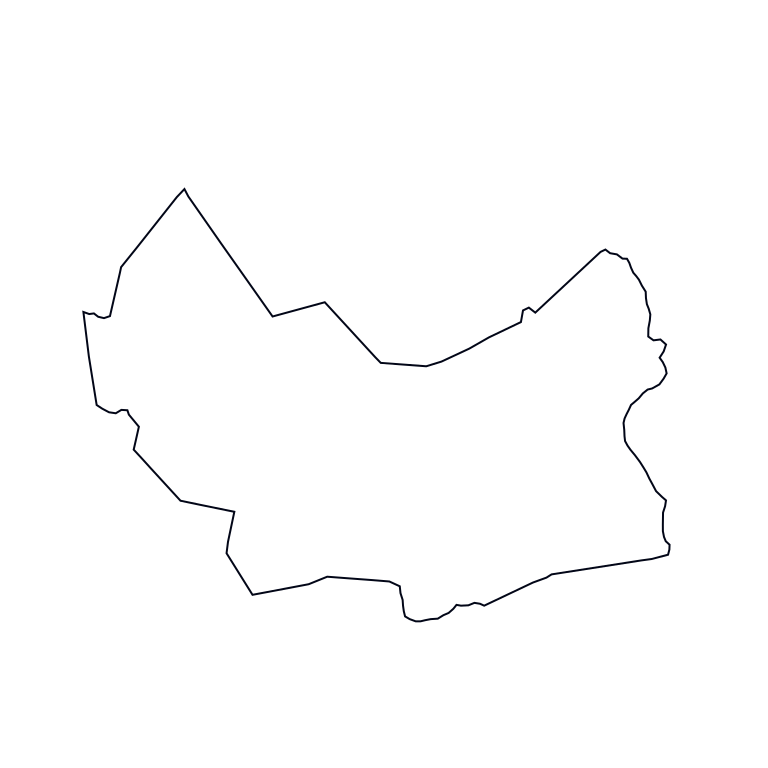 Alagoinhas, Bahia, Brazil, rotated 74°
{"feature_id": "56859067B11961030352973", "entity_name": "Alagoinhas", "entity_type": "district", "adm_level": 2, "iso_a3": "BRA", "parent_name": "Brazil", "parent_adm1": "Bahia", "projection": "orthographic", "projection_center": [-38.386, -12.106], "detail": "fine", "context": "isolated", "style": "outline", "palette": "ink", "viewbox_px": 768, "rotation_deg": 74, "n_neighbors": 0, "source": "geoboundaries", "source_scale": "gbopen_adm2", "svg_char_len": 1869}
<svg xmlns="http://www.w3.org/2000/svg" viewBox="0 0 768 768"><g transform="rotate(74 384 384)"><path d="M626.4,158.0L621.8,155.3L617.2,153.8L612.8,156.5L608.2,157.0L602.4,156.5L596.0,154.7L590.4,153.0L584.5,151.2L579.0,147.5L573.6,145.0L569.0,148.0L562.0,152.0L553.9,153.7L548.1,155.0L541.3,156.1L536.1,157.5L529.6,159.4L521.6,162.4L515.2,165.2L510.3,166.9L505.3,168.0L500.5,167.2L494.3,165.7L487.5,164.5L483.4,162.2L479.7,159.0L476.3,155.8L472.2,152.3L470.2,147.8L468.0,143.1L464.4,137.8L462.0,132.1L462.2,127.5L460.3,119.4L455.9,113.7L451.7,109.4L445.7,109.0L439.8,110.0L434.7,111.8L429.8,106.2L423.8,102.0L417.4,106.0L416.3,112.9L411.2,116.9L403.3,114.5L396.3,111.0L390.5,108.8L384.6,108.8L379.7,109.3L373.6,108.5L367.4,107.0L360.5,109.0L354.0,110.2L349.8,111.8L345.7,113.7L340.3,114.5L335.2,114.8L330.6,115.9L329.2,120.2L323.6,124.4L320.6,130.6L315.8,134.1L316.7,139.4L357.1,218.9L350.5,223.7L351.6,230.1L362.2,235.3L368.1,270.2L373.5,292.3L378.3,322.6L378.6,338.5L362.8,381.3L355.5,385.2L289.1,418.4L288.4,472.5L241.5,488.8L203.6,502.0L149.8,520.4L141.6,522.1L147.2,531.6L185.2,584.6L199.2,604.5L204.3,607.2L243.2,628.7L243.5,635.0L240.6,640.2L236.2,643.4L235.5,648.1L231.9,653.1L276.1,660.1L325.0,666.0L330.1,661.6L335.4,656.1L338.2,649.9L336.5,643.6L338.5,637.9L343.1,637.7L357.5,631.4L370.3,638.4L378.1,642.7L389.2,637.1L400.2,631.7L440.1,611.8L449.1,594.7L465.6,563.1L492.8,577.5L503.3,582.0L550.4,568.5L551.6,555.8L555.7,511.6L553.6,491.7L560.9,472.0L569.2,449.5L575.3,433.3L582.8,424.6L589.6,425.8L596.7,425.6L602.3,426.8L607.9,427.6L613.2,427.8L617.1,424.1L620.9,418.9L622.2,414.2L622.4,409.5L622.9,403.9L624.4,397.0L622.6,390.6L621.9,385.0L619.2,379.3L616.3,375.2L618.3,371.1L620.0,363.9L619.3,357.4L621.7,352.3L624.7,348.8L615.9,295.5L614.9,281.2L613.2,275.4L624.5,185.3L626.0,175.0L626.4,158.0Z" fill="none" stroke="#020617" stroke-width="2"/></g></svg>